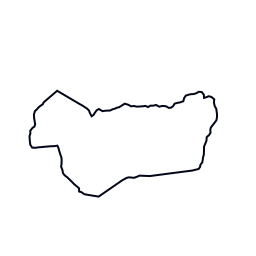 Ilhota, Santa Catarina, Brazil, rotated 133°
{"feature_id": "56859067B31114791802058", "entity_name": "Ilhota", "entity_type": "district", "adm_level": 2, "iso_a3": "BRA", "parent_name": "Brazil", "parent_adm1": "Santa Catarina", "projection": "orthographic", "projection_center": [-48.867, -26.865], "detail": "fine", "context": "isolated", "style": "outline", "palette": "ink", "viewbox_px": 256, "rotation_deg": 133, "n_neighbors": 0, "source": "geoboundaries", "source_scale": "gbopen_adm2", "svg_char_len": 1767}
<svg xmlns="http://www.w3.org/2000/svg" viewBox="0 0 256 256"><g transform="rotate(133 128 128)"><path d="M149.1,205.2L166.8,207.2L168.7,206.5L171.7,207.2L174.3,207.5L176.7,207.3L179.1,207.6L182.4,205.9L185.2,202.9L187.0,200.5L188.5,198.5L190.8,197.4L193.1,197.9L196.7,197.6L198.8,195.5L201.1,194.5L202.9,192.6L205.0,190.3L206.9,188.0L207.7,184.7L205.5,182.1L203.3,180.4L201.1,178.4L198.6,176.2L196.3,174.1L193.9,171.9L191.5,169.5L189.1,167.6L190.0,165.4L192.0,162.1L193.5,159.4L195.1,156.4L197.1,154.3L199.4,152.3L201.9,150.5L203.5,147.2L205.3,144.9L205.8,142.2L205.5,138.6L205.6,133.2L205.8,129.0L205.6,125.9L205.5,122.7L207.8,120.4L206.7,118.4L206.2,114.8L204.0,111.4L201.7,107.9L198.2,102.7L169.9,96.5L166.1,95.2L163.9,94.1L162.2,92.1L160.4,89.7L157.8,88.3L155.0,87.1L148.2,79.2L133.9,67.4L131.6,65.5L115.3,52.0L109.8,48.4L107.5,48.7L105.3,50.0L102.6,50.2L100.5,51.5L98.6,52.9L95.6,54.5L92.4,57.3L89.7,59.7L86.8,60.8L83.7,62.0L81.0,64.2L77.7,63.9L75.2,64.4L73.4,66.4L71.4,67.6L69.4,67.9L66.2,68.2L62.1,68.6L59.1,70.5L56.7,72.9L55.2,74.8L53.8,76.5L52.8,79.6L50.8,82.5L48.2,84.5L48.4,88.2L49.7,90.6L51.9,91.6L54.1,92.9L52.0,95.2L51.4,98.6L53.2,100.9L55.8,101.7L58.4,103.1L60.4,105.1L62.7,106.6L64.9,107.8L67.7,107.4L70.7,105.8L73.8,107.4L75.9,109.0L78.4,110.5L81.3,109.9L83.7,110.4L85.5,111.9L86.2,115.1L88.4,117.9L91.1,119.7L92.0,123.2L94.4,124.7L96.4,126.9L99.0,127.6L100.0,130.4L101.8,131.8L104.0,133.8L106.5,136.3L107.9,138.7L110.0,140.5L110.9,143.9L112.5,147.0L116.7,148.1L118.8,148.6L120.4,149.8L122.6,150.7L124.8,152.0L127.6,153.1L129.3,154.9L131.0,156.5L133.1,158.2L134.0,162.3L136.6,163.0L139.7,162.6L141.8,162.1L144.2,162.6L143.1,166.0L141.9,168.2L141.7,170.9L142.8,177.2L143.4,179.5L149.1,205.2Z" fill="none" stroke="#020617" stroke-width="2"/></g></svg>